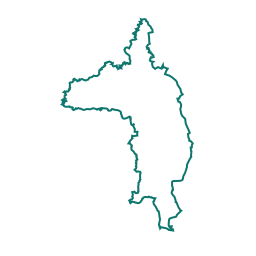 the district of Jamalpur, Dhaka, Bangladesh, rotated 174°
{"feature_id": "16705992B65705561019803", "entity_name": "Jamalpur", "entity_type": "district", "adm_level": 2, "iso_a3": "BGD", "parent_name": "Bangladesh", "parent_adm1": "Dhaka", "projection": "mercator", "projection_center": [89.869, 25.0], "detail": "fine", "context": "isolated", "style": "outline", "palette": "teal", "viewbox_px": 256, "rotation_deg": 174, "n_neighbors": 0, "source": "geoboundaries", "source_scale": "gbopen_adm2", "svg_char_len": 5870}
<svg xmlns="http://www.w3.org/2000/svg" viewBox="0 0 256 256"><g transform="rotate(174 128 128)"><path d="M82.3,182.9L83.9,183.5L85.3,184.5L86.2,184.7L86.7,185.8L86.7,186.9L87.9,185.0L87.7,183.8L88.4,183.5L91.8,185.4L94.9,184.0L97.0,186.3L97.4,189.4L96.9,190.7L96.0,191.2L98.7,192.1L99.2,193.2L98.7,193.7L98.4,195.1L97.6,195.4L97.5,196.0L96.8,195.6L95.1,195.8L95.3,197.8L96.2,198.1L96.5,199.4L97.3,199.7L97.5,200.9L98.7,200.6L99.5,201.1L99.2,202.2L98.5,202.8L98.9,203.8L99.6,204.2L99.0,204.3L99.0,205.2L99.4,205.5L100.5,205.4L101.0,206.8L99.5,208.6L97.5,209.5L97.9,211.1L97.5,216.5L97.8,220.1L96.0,220.6L93.5,220.7L93.4,223.1L94.5,225.0L95.0,226.6L96.9,228.6L97.5,231.5L98.8,232.5L98.7,233.1L99.1,234.2L100.0,234.5L103.1,234.4L103.7,234.7L103.4,233.1L104.1,232.5L105.2,232.4L105.0,232.0L103.7,232.0L104.1,231.3L103.4,230.5L104.0,230.1L104.7,231.2L105.9,229.5L107.4,229.7L107.5,229.2L106.5,228.3L106.3,227.6L107.7,226.1L109.0,225.8L107.6,225.0L107.2,224.3L108.1,223.9L109.4,224.4L109.2,223.4L110.6,222.8L110.1,222.0L110.6,221.7L110.5,220.6L112.7,221.9L113.1,221.6L112.8,221.0L111.3,219.9L110.7,218.7L110.9,218.3L111.7,218.1L111.9,217.4L111.1,216.8L110.6,215.5L111.8,215.1L114.6,215.2L116.5,214.4L116.7,213.7L115.9,212.4L115.8,211.4L118.6,207.0L119.9,208.1L121.5,208.2L122.3,207.9L122.9,206.6L123.4,206.4L123.2,205.1L122.2,202.8L119.0,199.9L118.9,198.4L119.2,196.4L118.7,195.2L118.6,194.2L119.3,192.7L120.0,192.3L119.8,192.0L119.1,192.0L119.1,191.7L121.0,191.6L121.2,192.3L121.9,192.8L123.4,192.9L124.1,193.4L124.0,192.4L123.5,192.0L123.9,191.6L125.2,193.4L125.6,193.0L126.1,193.0L126.4,191.6L127.2,191.2L127.3,190.6L129.6,191.0L129.1,189.9L129.4,189.6L130.0,189.7L129.9,189.3L128.9,189.2L128.3,188.6L128.3,188.0L129.4,188.5L131.5,187.8L131.4,188.3L132.7,189.2L132.5,190.0L132.7,191.2L133.5,190.7L134.3,191.0L135.7,190.7L136.4,191.0L137.0,193.1L137.4,193.2L136.4,193.7L136.3,194.2L137.2,194.0L137.9,195.1L139.5,196.0L141.1,195.6L141.7,195.8L142.6,194.9L143.2,195.2L144.2,194.9L144.1,192.8L144.9,192.5L144.8,191.9L145.4,191.9L146.3,191.0L147.7,190.7L148.2,189.7L148.1,189.3L149.1,189.4L149.2,188.5L150.4,188.4L151.0,186.0L150.8,184.7L152.9,183.0L155.2,183.1L156.7,183.7L158.2,182.5L161.3,182.0L162.4,180.4L165.5,179.7L168.8,181.6L170.3,181.0L170.8,181.3L170.9,180.4L171.2,180.2L172.4,180.7L173.2,179.8L174.2,180.5L174.6,181.3L175.9,181.6L176.0,182.5L176.9,182.4L177.1,182.1L176.9,181.4L177.4,181.3L177.3,180.5L177.8,179.9L179.0,179.2L180.3,179.4L181.2,179.1L181.4,178.0L181.1,176.7L181.7,175.2L181.3,174.2L182.5,172.9L181.9,172.6L183.5,170.7L184.2,170.5L185.1,170.9L186.0,170.4L187.2,171.1L188.1,170.4L186.8,169.9L187.0,169.4L186.6,169.2L186.6,168.5L186.1,167.5L187.5,167.0L187.7,166.6L187.9,164.6L187.3,163.9L188.4,163.7L188.7,163.1L190.2,163.1L190.5,162.8L189.5,162.5L190.0,161.2L188.9,161.7L186.6,161.7L186.5,161.2L187.8,161.3L188.3,161.2L188.7,159.7L189.3,159.1L190.6,159.0L190.4,158.1L190.8,158.0L189.4,157.2L189.3,156.4L188.4,155.9L186.4,155.4L183.9,155.6L183.5,154.7L181.2,154.4L180.8,153.9L181.3,152.5L180.3,151.5L178.9,152.0L177.8,153.0L177.2,152.4L175.4,153.0L173.7,152.2L172.9,152.2L171.9,151.4L170.1,150.6L166.2,151.2L163.9,150.5L160.7,151.3L157.9,150.3L156.9,149.5L156.2,149.6L156.1,150.1L153.1,150.4L153.0,149.8L154.3,148.1L152.3,149.2L152.1,150.6L147.1,149.5L146.2,148.9L146.0,147.7L145.0,147.1L142.9,147.4L141.9,148.6L141.5,148.5L139.4,147.5L136.0,146.7L134.2,145.5L133.4,144.4L133.5,142.8L133.0,141.7L133.0,140.1L132.5,139.6L132.4,138.7L131.9,138.1L130.6,137.6L128.2,138.0L125.4,139.2L124.4,138.5L124.3,137.0L124.8,137.0L124.5,131.7L124.2,130.9L123.5,130.4L122.0,131.2L121.8,130.9L122.6,129.4L121.3,126.2L121.8,123.5L119.0,123.2L119.5,121.2L119.5,119.5L123.9,119.4L124.6,119.8L125.0,118.2L124.6,117.3L127.0,115.3L129.1,112.6L127.4,112.3L127.2,111.4L126.0,110.3L126.0,109.8L126.5,109.2L126.3,108.6L126.9,107.8L126.8,106.1L124.7,103.7L123.5,101.2L122.7,100.9L122.3,100.2L122.3,99.4L122.7,99.2L122.5,98.6L122.7,97.7L122.2,97.1L122.4,96.6L122.0,95.6L123.4,94.9L123.1,93.8L123.8,92.7L123.8,92.3L123.3,91.9L124.1,89.2L123.7,89.0L123.8,88.1L124.3,86.9L125.8,85.8L124.0,83.6L122.4,83.7L120.6,83.2L120.1,82.0L120.8,80.9L121.1,77.4L121.4,75.9L121.1,75.3L122.1,74.4L122.0,73.5L123.4,72.4L123.3,70.8L123.9,69.4L123.9,68.2L124.1,67.7L123.9,67.2L124.2,66.7L124.1,64.2L124.6,64.0L124.6,62.9L124.9,62.5L126.8,62.3L127.5,62.7L128.2,64.0L130.5,63.8L130.1,61.3L131.0,59.3L130.4,58.5L130.5,57.8L131.5,56.6L132.9,56.6L134.3,55.7L134.0,55.4L133.7,53.4L133.3,53.0L132.2,54.3L129.5,53.8L128.7,53.1L127.6,52.9L126.7,52.4L125.0,52.2L123.3,53.0L122.4,54.3L121.9,54.6L121.3,56.1L120.6,56.2L120.2,57.1L118.3,57.7L115.3,57.1L114.4,57.6L113.2,56.7L112.0,56.7L112.0,56.4L111.2,56.0L108.2,55.2L109.6,53.5L109.5,52.8L110.5,52.1L110.4,50.6L110.2,49.4L108.5,46.5L107.2,42.6L106.4,42.2L106.0,40.4L105.9,35.7L105.6,34.2L107.2,29.0L107.3,27.9L106.8,27.5L106.9,25.7L106.0,25.6L106.1,25.1L105.3,25.8L101.0,24.5L99.0,23.4L98.2,22.4L93.8,21.3L94.0,22.6L95.2,22.9L95.5,23.7L94.8,25.7L95.6,25.8L96.4,25.4L97.3,26.3L96.9,25.7L97.0,25.2L97.6,26.2L97.7,27.7L96.8,32.4L96.2,33.3L94.6,34.0L89.4,34.8L88.2,36.7L83.7,40.2L84.8,41.0L85.2,42.4L85.9,43.3L87.6,49.2L88.3,49.3L88.2,50.9L88.9,54.5L90.5,56.8L91.4,58.9L90.7,60.9L89.9,61.3L89.7,61.7L89.7,62.1L90.0,62.0L89.8,64.5L90.2,66.3L89.8,69.8L89.5,70.2L88.0,70.5L81.7,70.0L80.1,70.3L79.0,71.0L78.0,74.3L75.8,77.6L73.4,83.2L73.3,84.8L72.6,86.3L69.8,90.7L68.1,92.7L68.4,93.2L67.3,98.3L67.7,98.6L67.7,102.0L66.6,102.0L66.3,104.2L65.2,105.9L67.0,108.4L68.4,108.9L68.3,110.9L68.9,112.2L69.0,115.8L67.2,116.6L67.3,117.6L70.1,126.2L70.2,131.2L72.7,134.2L73.6,136.5L74.0,141.5L73.0,143.8L72.7,145.7L73.6,148.3L74.2,148.8L75.2,148.9L75.8,152.0L74.0,152.0L73.9,152.7L73.5,152.9L73.0,154.1L70.1,155.7L71.4,157.7L71.8,161.3L74.2,165.8L74.6,168.7L75.5,170.3L78.8,173.7L81.1,175.6L85.6,177.7L84.1,180.6L82.3,182.9Z" fill="none" stroke="#0f766e" stroke-width="2"/></g></svg>